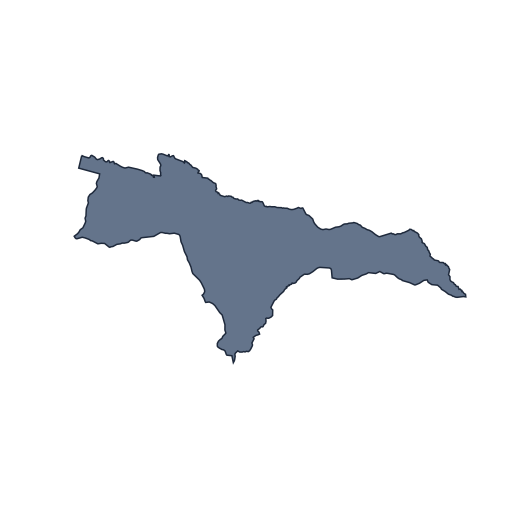 Santa Rosa De Viterbo, Boyacá, Colombia (orthographic projection), rotated 121°
{"feature_id": "7082276B66726044645643", "entity_name": "Santa Rosa De Viterbo", "entity_type": "district", "adm_level": 2, "iso_a3": "COL", "parent_name": "Colombia", "parent_adm1": "Boyacá", "projection": "orthographic", "projection_center": [-72.996, 5.904], "detail": "fine", "context": "isolated", "style": "filled", "palette": "slate", "viewbox_px": 512, "rotation_deg": 121, "n_neighbors": 0, "source": "geoboundaries", "source_scale": "gbopen_adm2", "svg_char_len": 6120}
<svg xmlns="http://www.w3.org/2000/svg" viewBox="0 0 512 512"><g transform="rotate(121 256 256)"><path d="M248.8,423.7L249.8,424.8L248.6,426.2L248.5,427.2L251.2,429.3L251.2,429.6L250.3,430.3L250.0,431.5L250.4,431.9L252.0,432.3L252.5,432.9L252.7,433.7L252.3,436.1L251.0,437.1L250.8,438.3L251.3,438.9L253.5,440.0L255.1,441.6L255.2,442.7L254.3,445.2L254.3,448.6L255.0,449.2L257.2,449.2L258.1,449.9L259.3,454.4L259.5,456.3L259.8,456.1L260.3,456.9L272.0,453.2L266.1,432.3L270.0,430.8L274.2,430.7L276.0,430.2L278.3,427.8L279.5,427.6L282.5,427.9L286.2,428.7L288.8,430.0L291.9,430.1L295.2,428.6L296.8,427.0L302.3,426.0L303.5,425.5L309.2,422.4L311.6,422.0L314.0,419.8L315.7,419.4L321.0,418.9L324.0,420.2L326.4,420.1L328.7,420.4L332.7,422.0L333.6,420.3L333.8,419.1L333.4,418.3L329.4,414.6L328.5,411.7L327.7,407.3L328.0,405.7L327.4,404.3L327.0,397.8L324.8,395.2L323.2,392.2L324.0,386.5L323.8,385.7L323.0,385.3L321.5,383.5L317.7,381.3L315.5,378.6L313.8,377.3L312.8,375.5L310.7,373.2L309.8,372.5L307.4,371.8L306.8,371.4L306.0,370.1L305.2,366.9L304.7,365.8L301.9,364.2L299.9,363.9L299.2,363.4L291.8,353.7L285.0,349.9L284.2,348.6L283.1,345.1L282.4,344.1L281.5,341.6L278.5,337.8L277.3,333.3L277.5,332.3L278.4,331.0L282.4,327.6L284.6,324.4L289.0,319.7L292.2,314.7L294.5,312.8L296.3,309.6L299.0,306.0L302.2,302.9L303.6,301.1L305.8,291.9L307.1,289.2L310.9,283.3L312.6,281.8L313.6,281.5L315.9,281.4L317.4,282.0L319.1,278.7L321.3,276.0L321.7,275.2L319.5,272.4L319.1,268.8L319.6,265.8L323.2,257.9L324.0,254.6L330.9,247.2L335.5,244.5L337.1,242.6L337.9,242.1L342.0,243.1L343.8,242.8L344.9,243.0L345.5,243.5L348.3,244.3L350.9,244.1L353.1,242.8L353.6,242.0L353.8,240.1L353.7,237.0L353.1,235.5L353.4,233.5L355.7,230.7L356.0,229.9L353.9,225.3L359.1,220.5L356.9,220.6L355.6,221.0L352.7,222.2L351.4,223.3L350.6,223.6L349.7,223.6L346.8,222.8L346.7,220.4L345.4,218.3L344.2,217.3L343.9,216.0L342.6,215.1L341.9,213.3L340.5,212.7L338.1,212.6L334.9,212.9L334.0,213.2L332.7,214.7L328.0,215.0L327.1,216.5L324.0,215.1L322.7,213.8L321.1,212.7L319.7,214.3L319.3,216.1L318.5,216.5L316.1,215.5L314.7,215.4L313.6,214.6L313.3,213.8L312.8,213.6L310.6,213.8L308.8,213.1L306.8,213.8L304.5,215.4L303.6,214.8L303.2,213.6L302.7,213.0L300.7,211.7L298.5,211.1L293.6,213.9L293.3,215.4L292.3,216.8L285.1,217.3L284.0,217.1L282.6,216.3L280.6,216.4L279.6,215.9L277.0,215.6L272.2,214.1L270.0,214.2L267.3,213.2L267.1,214.0L266.6,214.0L264.2,212.3L263.9,212.8L261.8,211.0L260.6,211.1L260.2,209.8L259.0,208.6L257.7,208.1L256.0,208.2L253.0,207.3L251.6,207.4L246.7,205.2L245.2,202.5L243.8,201.1L240.1,199.2L235.2,197.4L234.0,196.6L232.9,195.5L229.0,188.0L228.4,186.8L228.3,185.4L229.2,184.1L235.5,179.5L233.8,174.1L230.2,168.3L227.6,164.7L227.3,164.2L227.0,161.6L226.7,161.3L222.4,157.4L218.1,155.3L214.6,152.3L212.3,151.0L209.3,144.4L205.5,141.9L205.4,137.5L204.8,136.5L203.8,135.7L203.2,134.6L201.0,128.7L200.8,127.5L201.7,123.4L201.8,121.4L201.3,118.8L201.7,118.1L199.7,110.6L199.1,105.1L198.6,104.4L195.1,101.8L190.5,99.6L188.3,97.0L189.8,94.9L189.9,93.7L190.0,90.6L187.5,85.3L188.2,81.2L189.0,79.9L189.0,75.7L189.6,71.4L189.0,68.5L189.1,66.3L188.7,65.7L188.6,64.1L187.9,62.4L183.9,57.3L183.0,55.1L180.9,56.7L181.0,58.4L180.2,60.3L180.5,61.2L179.5,61.7L179.5,63.3L179.2,64.1L180.0,64.8L178.1,67.1L178.8,68.7L177.9,70.4L178.1,71.3L177.1,73.1L177.3,74.1L177.2,76.3L176.2,77.7L173.8,79.1L172.9,81.3L167.9,83.0L166.9,84.7L166.0,85.6L165.9,86.8L165.5,87.6L166.0,88.6L165.4,88.7L165.3,89.5L165.0,89.7L165.0,90.1L165.6,90.4L165.2,92.2L166.9,95.2L166.9,95.7L166.3,96.8L166.3,97.5L167.6,101.1L167.1,102.3L167.2,103.1L166.6,105.7L166.6,106.5L166.4,106.9L164.7,107.5L164.0,108.9L162.4,110.9L162.3,112.0L160.4,113.7L160.2,115.4L158.7,118.0L158.9,120.4L158.7,120.8L157.8,121.1L156.1,123.1L155.7,125.7L154.8,127.0L153.8,127.5L153.2,129.5L153.4,133.0L152.9,133.9L153.5,134.5L153.3,136.6L153.9,138.0L155.3,138.3L159.7,141.2L160.3,142.0L162.5,143.4L164.2,146.3L165.6,147.1L166.1,147.9L166.3,149.8L166.9,150.6L166.7,151.7L167.0,152.1L175.7,159.9L176.1,160.6L176.2,162.0L176.1,165.0L175.5,169.2L175.6,172.2L176.2,174.3L176.2,177.0L176.7,179.7L175.8,182.4L176.2,184.2L176.0,185.9L176.9,189.4L177.7,190.0L180.1,193.3L181.5,194.4L182.8,196.4L183.8,197.3L186.6,198.6L188.2,199.9L190.4,202.7L194.7,205.8L195.7,207.0L196.8,209.9L198.9,212.2L199.6,214.3L199.5,218.0L198.0,222.5L197.0,224.2L195.1,226.4L194.0,231.5L194.5,234.1L194.1,235.2L190.8,240.5L191.0,241.2L192.1,241.9L192.6,244.7L193.8,245.4L196.5,247.6L197.8,249.2L198.7,251.4L199.0,253.9L200.3,256.0L200.5,257.0L201.3,257.7L201.4,259.0L203.6,262.9L204.1,265.3L205.8,268.0L206.4,269.6L208.2,271.8L208.1,272.7L208.7,273.4L208.8,274.6L206.7,277.6L206.3,278.6L206.9,279.9L207.4,280.4L207.3,282.6L207.9,282.4L208.0,283.6L208.9,284.1L209.0,285.0L210.3,286.0L210.5,286.5L212.1,287.0L212.3,287.8L213.5,287.9L214.0,288.5L214.5,290.9L215.2,291.9L215.5,297.1L216.4,298.2L216.9,299.8L216.5,301.0L217.5,302.6L217.9,304.2L218.0,305.0L217.5,305.9L217.9,307.0L217.6,307.9L218.7,310.5L219.5,310.8L219.7,312.0L221.3,313.4L222.4,317.9L221.8,318.9L221.7,319.7L221.2,320.4L221.8,320.8L221.2,321.3L221.1,321.7L221.4,323.4L221.0,324.1L220.4,324.5L218.7,324.3L217.1,326.0L215.8,326.7L214.7,327.9L215.1,330.4L214.5,333.6L214.7,334.1L214.4,335.5L214.6,336.4L214.1,337.4L216.4,342.5L214.5,344.3L214.1,345.1L214.0,346.6L214.8,348.4L214.1,348.8L212.5,348.5L212.1,348.7L212.1,349.9L211.7,350.8L211.7,352.8L212.7,356.0L211.6,358.6L211.6,360.0L211.1,361.0L211.0,362.0L211.3,362.8L210.9,363.4L210.9,365.7L211.0,366.2L212.5,365.2L213.2,365.3L212.7,367.0L214.1,374.9L214.0,375.9L212.5,378.4L213.1,379.2L215.1,380.4L215.5,381.6L214.0,382.5L213.9,383.0L214.1,383.2L215.3,382.9L215.5,383.0L215.9,383.9L216.6,388.2L217.1,389.7L218.8,391.7L219.7,391.8L222.3,391.1L224.0,389.9L226.3,385.3L227.0,384.5L227.7,384.1L228.8,384.1L229.8,383.7L232.3,382.2L233.7,380.6L235.2,379.8L236.0,379.0L236.5,379.1L237.3,380.6L239.2,385.0L240.9,383.7L241.3,384.4L240.0,386.1L240.7,387.1L240.2,387.6L240.1,388.6L240.8,392.3L241.3,392.7L241.6,393.8L241.1,395.1L241.4,397.5L242.6,402.3L245.5,411.0L248.1,413.6L248.7,416.0L248.9,418.4L248.8,423.7Z" fill="#64748b" stroke="#1e293b" stroke-width="1.5"/></g></svg>